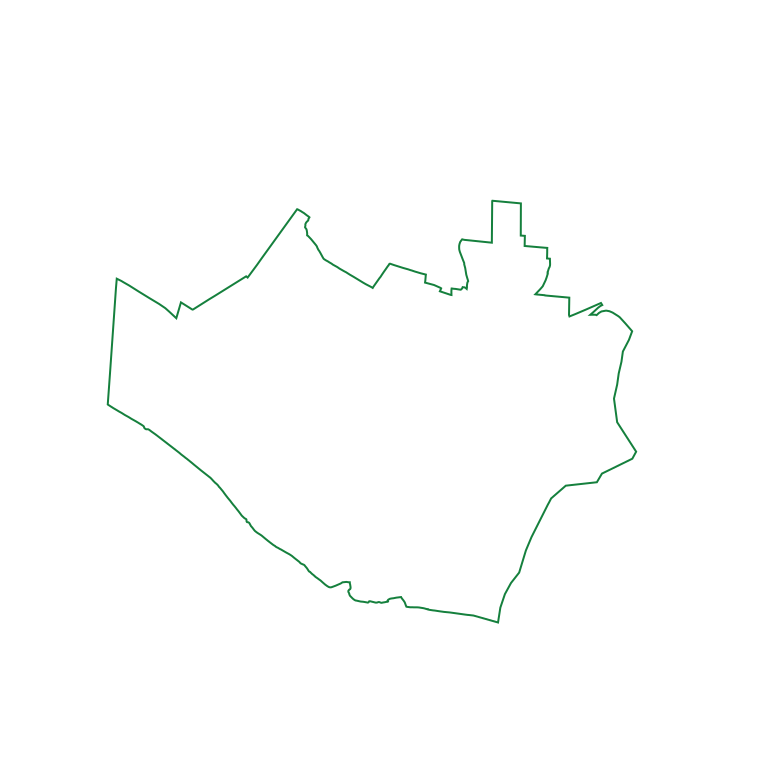 Draganesti-Olt, Olt, Romania (Natural Earth projection), rotated 229°
{"feature_id": "2599482B52429496402051", "entity_name": "Draganesti-Olt", "entity_type": "district", "adm_level": 2, "iso_a3": "ROU", "parent_name": "Romania", "parent_adm1": "Olt", "projection": "natural_earth1", "projection_center": [24.539, 44.174], "detail": "fine", "context": "isolated", "style": "outline", "palette": "green", "viewbox_px": 768, "rotation_deg": 229, "n_neighbors": 0, "source": "geoboundaries", "source_scale": "gbopen_adm2", "svg_char_len": 6142}
<svg xmlns="http://www.w3.org/2000/svg" viewBox="0 0 768 768"><g transform="rotate(229 384 384)"><path d="M293.4,600.0L293.9,599.4L296.1,595.7L296.6,592.8L296.5,589.6L297.7,588.9L300.9,585.1L300.9,589.4L301.1,595.7L300.9,598.6L300.4,600.5L302.8,600.9L307.7,585.2L311.3,574.1L313.3,568.3L314.7,568.9L327.6,580.5L345.2,563.6L345.5,563.6L351.8,557.6L352.4,557.1L352.7,560.2L353.0,563.4L353.2,565.1L353.6,567.9L355.0,571.1L356.3,574.1L356.9,575.1L357.3,575.9L358.7,578.2L359.4,579.3L360.6,580.4L360.4,580.5L361.1,581.1L361.9,582.3L362.9,583.9L363.2,584.5L363.7,585.8L364.6,587.1L365.5,588.0L369.7,591.4L371.8,589.4L375.8,593.1L379.2,596.1L379.6,596.5L384.2,592.0L395.9,580.7L403.4,587.5L406.3,584.6L430.5,605.8L451.2,586.0L451.1,585.7L419.9,558.1L440.2,539.1L441.9,537.9L441.6,536.3L441.2,534.7L440.1,532.8L438.9,531.3L437.4,530.0L436.1,529.0L434.1,528.0L425.9,525.0L422.7,523.9L421.6,523.0L418.3,521.4L412.5,517.8L409.7,516.5L406.8,515.2L406.4,515.0L406.2,514.4L406.0,513.8L405.7,513.3L404.0,511.3L402.3,509.8L401.5,508.8L402.3,508.7L404.0,508.3L404.2,508.1L405.0,507.3L405.5,506.9L404.9,505.7L404.8,505.3L404.8,503.8L405.9,502.8L406.4,502.4L407.7,501.3L408.8,500.4L410.1,499.1L411.3,498.1L411.7,497.7L411.0,496.9L409.8,495.7L406.9,493.3L407.5,492.8L417.3,487.0L418.2,488.9L418.7,489.9L419.5,489.7L425.9,486.7L433.6,481.5L435.0,483.1L438.4,486.6L439.1,487.4L443.4,484.4L448.9,480.9L450.3,480.1L450.9,479.7L451.4,479.5L452.2,478.9L454.6,477.5L459.0,474.6L467.0,469.7L470.8,467.5L471.1,467.0L470.9,466.0L470.8,465.7L470.6,465.5L470.5,465.2L470.5,464.6L470.4,464.1L469.4,460.2L468.8,457.7L467.9,454.3L467.1,451.5L466.9,450.2L465.7,445.3L464.4,440.0L463.9,438.5L465.3,438.1L471.4,435.7L474.3,434.7L479.7,433.0L485.0,431.3L489.1,429.9L493.2,428.7L495.2,427.9L500.4,426.1L502.8,425.5L507.7,423.7L509.2,423.4L511.8,422.5L513.3,422.1L515.4,421.3L517.5,420.7L518.2,420.6L519.9,420.9L522.1,421.4L524.8,422.0L526.9,422.4L528.3,422.5L529.1,422.7L529.8,422.9L530.6,423.1L531.9,423.6L532.6,423.7L533.7,423.8L541.0,424.0L543.5,423.9L545.6,423.8L546.1,423.6L546.6,423.5L546.8,423.7L548.3,425.0L550.0,426.1L551.0,426.7L551.8,427.0L553.0,427.1L554.0,427.2L554.4,427.6L555.0,428.5L555.5,428.9L556.1,429.4L556.4,429.9L556.9,431.1L557.0,431.7L557.1,432.3L557.1,433.4L557.2,434.1L557.6,434.7L557.9,435.0L558.3,435.6L558.6,436.9L558.7,437.1L560.0,436.9L562.0,436.4L565.6,435.7L567.4,435.1L568.9,434.7L572.4,433.4L572.9,433.1L569.0,416.4L559.2,374.5L557.2,366.3L553.8,350.9L555.7,350.6L561.5,314.2L562.6,307.8L565.5,288.8L565.9,288.2L578.8,284.3L569.9,270.4L579.2,269.4L584.7,268.7L591.9,266.8L603.0,263.2L614.8,259.5L625.5,256.3L631.8,254.1L634.0,253.4L638.8,251.4L632.2,244.6L597.0,209.4L571.5,183.9L549.8,162.1L549.2,162.2L543.4,163.9L539.2,165.3L537.3,165.9L534.3,167.0L530.6,168.1L526.8,169.5L525.2,170.0L523.5,170.5L521.3,171.3L518.5,172.3L511.9,174.4L510.3,174.8L509.8,174.9L509.3,174.8L508.8,174.6L508.4,174.4L508.1,174.3L507.8,174.3L506.9,174.4L506.4,174.6L505.9,174.8L505.4,175.3L504.7,176.2L504.1,176.5L503.2,176.8L500.7,177.3L495.8,178.5L470.8,183.5L466.2,184.4L464.0,184.7L459.6,185.6L458.8,185.7L458.2,185.8L457.6,186.0L455.9,186.3L450.2,187.3L447.0,187.8L438.9,189.2L431.6,190.6L426.8,191.5L424.3,191.6L423.0,191.6L421.5,191.7L419.9,191.8L419.1,192.0L417.2,192.2L415.9,192.2L414.8,192.0L413.9,192.1L412.8,192.1L408.5,192.0L406.6,191.8L404.0,191.6L400.7,191.4L396.2,191.3L395.3,191.2L393.9,191.1L391.7,191.0L389.9,191.0L387.3,190.9L386.1,190.8L383.2,190.7L379.3,190.4L378.3,190.3L377.8,190.3L374.7,190.6L373.8,190.8L372.5,191.3L372.2,191.3L371.9,191.2L371.2,190.7L370.7,190.3L370.3,190.1L369.8,190.0L369.5,190.1L368.6,190.9L368.3,191.0L367.8,191.1L367.3,191.1L366.3,190.9L364.6,190.5L364.2,190.4L363.5,190.4L361.8,190.4L360.5,190.3L359.0,190.2L358.5,190.2L357.7,190.2L356.1,190.5L354.7,190.8L351.4,191.8L349.9,192.2L344.8,193.0L342.6,193.4L341.7,193.5L341.2,193.7L340.3,193.8L337.9,194.3L335.0,194.9L333.2,195.5L332.7,195.5L331.5,195.8L330.8,196.1L329.9,196.5L327.7,197.2L326.9,197.6L325.7,198.0L321.0,199.6L318.1,200.7L316.9,201.1L314.7,201.7L311.5,202.2L305.2,203.4L303.5,203.4L302.9,203.6L302.3,203.9L301.5,204.2L300.8,204.6L300.2,204.9L299.5,205.1L297.8,205.0L296.0,205.0L294.9,204.9L292.9,204.6L292.2,204.5L291.7,204.5L291.3,204.6L291.0,204.7L290.8,204.9L288.9,205.0L287.2,205.2L286.1,205.5L284.5,205.6L283.9,205.8L283.3,205.7L282.8,205.9L280.8,206.4L278.5,206.9L277.4,207.2L274.8,207.5L271.2,208.0L269.9,208.3L269.0,208.5L267.1,209.1L266.3,209.6L265.8,210.0L265.2,210.8L264.7,212.0L263.5,215.2L261.9,220.3L261.7,221.4L261.6,222.5L260.4,224.2L259.3,225.8L259.0,226.0L257.2,227.6L256.8,228.1L255.9,227.4L254.9,226.9L253.6,226.1L252.5,225.4L251.9,224.8L251.6,224.4L251.4,223.9L251.4,223.6L251.6,223.1L251.6,222.7L251.4,222.2L251.4,221.8L251.3,221.5L251.1,221.2L250.7,220.9L250.4,220.7L249.9,220.6L248.7,220.3L248.1,219.9L247.3,219.6L246.4,219.4L243.0,219.6L242.1,219.7L241.1,219.9L240.0,220.2L239.3,220.5L238.6,221.1L235.2,223.6L233.1,225.6L230.5,227.7L229.7,228.3L229.5,228.7L229.4,229.2L229.6,229.8L229.7,230.3L229.0,231.1L224.6,234.2L223.7,235.2L223.2,236.4L222.8,237.1L222.1,237.6L221.5,237.9L220.8,238.3L220.4,238.7L219.7,240.0L219.1,240.9L218.3,242.3L217.9,243.1L217.4,243.7L217.2,244.1L217.2,244.3L217.3,244.5L217.5,244.5L217.9,244.5L218.1,244.5L218.3,245.2L218.4,245.7L218.3,246.2L218.1,247.2L218.0,247.6L217.6,248.3L217.0,249.3L216.1,250.6L214.7,253.1L212.0,257.1L211.7,257.0L210.2,256.8L207.9,256.7L205.6,256.4L203.5,255.6L202.8,255.3L202.1,255.1L201.6,254.9L201.3,254.8L200.8,255.1L198.2,257.4L193.8,262.4L192.4,263.8L190.6,265.3L188.8,266.8L187.5,267.7L186.8,268.1L185.5,269.2L185.4,269.0L184.9,269.3L183.8,270.1L181.2,272.3L179.7,273.7L176.5,276.4L172.6,279.8L168.5,283.7L165.2,286.6L156.7,294.0L154.8,295.7L154.2,296.3L150.6,299.6L129.2,313.6L138.9,325.1L146.1,337.4L150.5,349.3L153.0,362.3L165.3,381.9L171.7,394.9L185.5,428.6L186.3,430.8L188.0,435.1L188.0,454.5L170.2,480.2L173.4,489.7L164.7,522.4L167.5,529.9L202.2,534.9L222.1,548.0L230.6,559.6L238.0,568.1L245.0,577.8L251.8,585.6L256.6,597.8L261.0,605.9L271.4,605.9L279.7,605.7L281.6,605.3L287.9,603.4L291.0,601.9L293.4,600.0Z" fill="none" stroke="#15803d" stroke-width="2"/></g></svg>